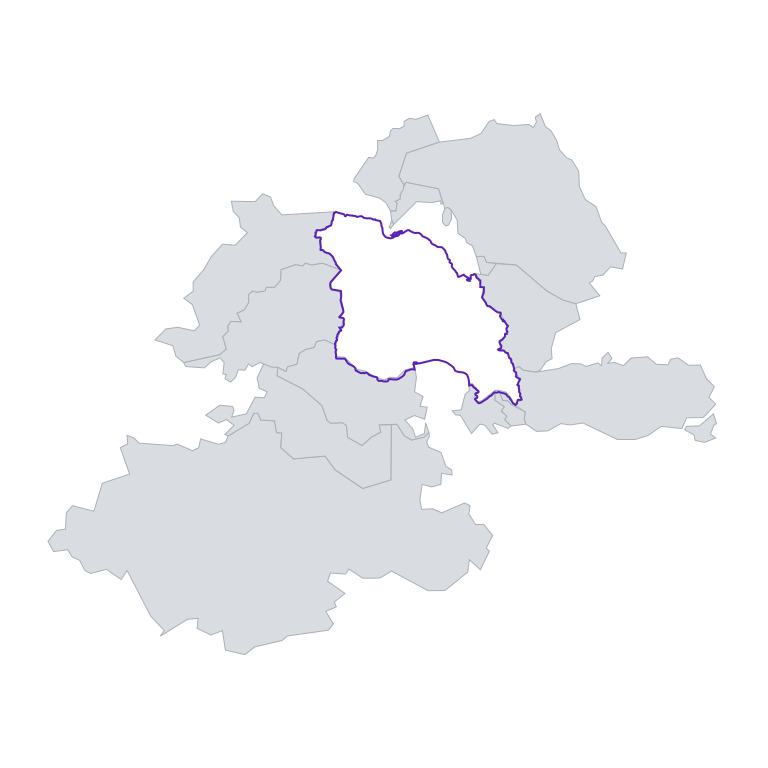 Iran shown with its bordering countries, rotated 181°
{"feature_id": "IRN", "entity_name": "Iran", "entity_type": "country or territory", "adm_level": 0, "iso_a3": "IRN", "parent_name": "Asia", "parent_adm1": "", "projection": "mercator", "projection_center": [53.162, 32.435], "detail": "fine", "context": "with_neighbors", "style": "outline", "palette": "violet", "viewbox_px": 768, "rotation_deg": 181, "n_neighbors": 14, "source": "natural_earth", "source_scale": "50m", "svg_char_len": 13963}
<svg xmlns="http://www.w3.org/2000/svg" viewBox="0 0 768 768"><g transform="rotate(181 384 384)"><path d="M717.2,220.9L708.9,231.9L699.9,233.4L699.4,249.7L693.3,256.9L671.8,251.7L663.9,279.9L636.8,289.5L646.6,315.8L639.2,319.7L640.0,328.1L633.3,325.9L627.9,320.6L593.7,318.7L589.8,320.3L574.3,314.0L568.1,317.1L566.4,325.9L548.5,320.8L541.4,322.9L539.0,329.3L518.4,342.2L513.6,352.5L509.6,352.6L506.6,345.8L492.8,345.3L490.6,333.4L485.3,333.3L486.1,318.5L473.1,307.6L441.7,310.9L431.3,297.3L403.5,279.2L375.5,288.3L376.0,343.3L370.4,344.0L362.8,332.6L355.4,328.5L343.1,331.5L338.3,336.4L337.7,332.8L340.3,326.7L338.3,321.6L325.7,316.5L320.8,303.0L314.8,299.2L314.4,294.2L325.0,295.7L325.4,284.5L334.6,281.9L344.1,284.3L346.1,269.1L344.2,259.3L333.3,260.1L324.0,256.2L301.3,266.5L295.8,263.9L296.9,255.7L290.0,245.0L281.9,245.5L272.7,234.4L278.9,221.9L275.8,218.5L284.4,200.0L295.6,209.8L297.0,197.4L319.4,178.6L336.4,178.1L373.2,197.1L384.8,189.9L402.0,189.5L415.9,198.4L419.1,193.3L434.3,194.1L437.0,185.9L419.4,173.9L429.9,165.2L427.8,160.3L438.3,155.7L430.4,143.2L435.4,136.9L476.1,130.4L481.4,125.8L508.6,118.9L518.4,111.0L537.9,115.1L541.3,134.6L552.7,130.0L566.6,136.4L565.7,146.4L576.2,145.4L603.4,127.9L599.4,133.7L613.3,148.0L637.6,193.0L643.4,183.9L658.4,193.9L674.0,189.4L680.0,192.5L685.2,202.4L692.8,205.7L697.4,212.9L711.4,210.6L717.2,220.9Z" fill="#d9dde1" stroke="#a8b0b8" stroke-width="1"/><path d="M376.0,343.3L375.5,288.3L403.5,279.2L431.3,297.3L441.7,310.9L473.1,307.6L486.1,318.5L485.3,333.3L490.6,333.4L492.8,345.3L506.6,345.8L509.6,352.6L513.6,352.5L518.4,342.2L539.0,329.3L542.2,330.8L533.1,340.2L541.1,345.7L548.8,342.1L561.7,349.7L547.8,360.0L535.0,358.9L533.5,355.0L535.7,348.3L521.2,351.7L512.6,368.6L503.5,368.0L500.7,374.2L508.7,377.5L511.0,387.8L504.9,401.7L490.6,398.8L490.9,390.4L465.1,377.6L445.6,361.3L440.2,346.5L436.6,343.9L424.8,344.6L420.7,341.6L419.5,330.0L404.9,322.2L395.7,330.7L386.4,335.8L388.2,343.1L376.0,343.3Z" fill="#d9dde1" stroke="#a8b0b8" stroke-width="1"/><path d="M328.2,565.4L330.2,564.8L330.6,568.1L339.1,566.2L354.6,566.9L377.1,543.7L379.1,547.8L380.6,557.3L375.1,557.3L374.2,565.1L376.1,566.8L371.2,569.1L371.1,574.0L365.5,586.1L332.8,580.2L328.2,565.4Z" fill="#d9dde1" stroke="#a8b0b8" stroke-width="1"/><path d="M319.9,559.3L319.2,550.6L322.1,544.3L325.1,543.0L328.3,546.7L328.5,553.8L326.2,560.8L323.2,561.7L319.9,559.3Z" fill="#d9dde1" stroke="#a8b0b8" stroke-width="1"/><path d="M289.1,495.4L293.9,513.1L286.2,513.4L283.5,507.5L273.8,506.3L281.8,494.3L289.1,495.4Z" fill="#d9dde1" stroke="#a8b0b8" stroke-width="1"/><path d="M193.6,467.6L189.2,451.9L213.3,438.3L217.4,422.2L216.4,412.4L222.3,409.1L227.9,400.6L232.6,398.5L245.2,400.2L249.0,403.7L254.2,401.4L261.3,417.5L268.4,421.6L269.2,429.4L263.8,433.9L261.2,444.2L268.8,456.6L282.1,463.7L287.7,473.4L285.9,482.7L289.4,482.7L289.5,489.4L295.5,496.0L281.8,494.3L273.8,506.3L253.6,505.3L222.9,480.0L206.7,471.1L193.6,467.6Z" fill="#d9dde1" stroke="#a8b0b8" stroke-width="1"/><path d="M367.7,583.6L368.0,578.9L371.1,574.0L371.2,569.1L376.1,566.8L374.2,565.1L375.1,557.3L380.6,557.3L385.5,565.5L391.6,569.8L406.0,573.5L413.8,584.2L417.7,585.7L417.7,588.3L403.3,610.3L398.4,609.7L396.2,612.4L394.4,618.3L394.7,627.4L389.7,627.4L382.9,631.7L381.9,637.2L379.4,639.7L372.6,639.6L368.4,642.4L368.4,647.0L363.2,650.2L357.2,649.1L344.9,653.6L332.8,626.8L365.4,615.2L372.7,592.0L367.7,583.6ZM379.1,547.8L377.1,543.7L380.2,539.5L381.6,540.6L379.1,547.8Z" fill="#d9dde1" stroke="#a8b0b8" stroke-width="1"/><path d="M613.7,424.0L603.2,435.2L591.1,437.1L574.6,433.9L569.3,439.6L576.9,459.9L585.7,466.2L576.4,473.6L576.6,482.7L566.0,495.4L559.2,508.0L547.8,521.0L535.2,520.1L523.2,532.9L530.3,538.4L531.6,547.7L537.7,553.8L539.8,564.1L515.9,564.1L508.7,572.0L500.7,569.0L497.5,560.4L489.1,551.3L436.1,555.4L440.2,541.4L455.8,535.2L454.9,529.5L449.7,527.6L449.4,516.7L439.0,511.3L429.3,497.2L447.5,503.6L458.4,501.7L464.9,503.3L467.1,500.6L474.6,501.7L488.8,496.5L489.2,485.8L495.2,478.6L503.3,478.6L504.5,475.0L512.8,473.4L516.8,474.6L521.1,471.0L520.5,463.3L525.1,455.5L532.0,452.2L527.7,443.5L538.1,443.9L541.1,439.2L540.6,434.1L546.0,428.6L542.2,416.2L548.6,410.4L584.6,401.9L592.6,408.2L595.8,418.6L613.7,424.0Z" fill="#d9dde1" stroke="#a8b0b8" stroke-width="1"/><path d="M490.6,398.8L496.7,398.9L508.2,403.4L516.1,399.0L519.8,401.7L523.3,395.4L529.8,395.7L532.6,388.1L537.3,383.3L543.1,386.4L542.0,390.7L545.3,391.3L544.2,402.8L548.5,407.3L557.2,403.1L563.9,397.0L582.6,398.0L584.6,401.9L548.6,410.4L542.2,416.2L546.0,428.6L540.6,434.1L541.1,439.2L538.1,443.9L527.7,443.5L532.0,452.2L525.1,455.5L520.5,463.3L521.1,471.0L516.8,474.6L512.8,473.4L504.5,475.0L503.3,478.6L495.2,478.6L489.2,485.8L488.8,496.5L474.6,501.7L467.1,500.6L464.9,503.3L458.4,501.7L447.5,503.6L429.3,497.2L439.1,485.8L438.3,477.6L430.0,475.5L425.6,457.1L430.3,449.9L425.5,448.0L432.9,421.9L444.0,427.0L452.2,425.2L454.5,419.2L463.1,417.1L469.2,413.0L471.4,402.2L480.5,399.6L482.2,394.7L490.6,398.8Z" fill="#d9dde1" stroke="#a8b0b8" stroke-width="1"/><path d="M338.3,336.4L343.1,331.5L355.4,328.5L362.8,332.6L370.4,344.0L388.2,343.1L386.4,335.8L395.7,330.7L404.9,322.2L419.5,330.0L420.7,341.6L424.8,344.6L436.6,343.9L440.2,346.5L445.6,361.3L465.1,377.6L490.9,390.4L490.6,398.8L482.2,394.7L480.5,399.6L471.4,402.2L469.2,413.0L463.1,417.1L454.5,419.2L452.2,425.2L444.0,427.0L432.9,421.9L432.0,410.6L423.9,410.1L411.5,398.1L402.8,396.6L390.8,389.6L383.0,388.3L378.3,390.9L371.0,390.5L363.3,398.4L353.7,401.0L351.7,391.3L353.3,376.8L344.8,372.1L347.6,362.4L340.4,361.6L342.8,349.5L353.0,353.0L362.6,348.4L354.6,339.8L351.5,331.4L342.8,335.2L341.7,345.8L338.3,336.4Z" fill="#d9dde1" stroke="#a8b0b8" stroke-width="1"/><path d="M273.1,379.3L269.2,379.7L264.8,369.5L260.0,369.5L256.7,365.7L242.1,358.4L243.2,351.5L241.3,346.4L256.4,344.2L262.8,350.4L260.6,354.0L266.4,358.9L263.4,363.5L272.8,369.6L273.1,379.3Z" fill="#d9dde1" stroke="#a8b0b8" stroke-width="1"/><path d="M254.2,401.4L249.0,403.7L245.2,400.2L232.6,398.5L209.7,402.5L197.2,407.6L188.2,407.6L182.4,405.1L170.5,408.8L166.9,406.2L166.3,413.7L160.5,419.6L156.5,413.5L160.6,408.5L154.0,409.6L144.9,406.5L137.4,414.3L120.9,415.8L112.1,408.5L100.4,408.1L97.9,413.7L90.4,415.3L79.9,408.1L68.0,408.4L61.6,394.8L53.6,387.1L58.9,376.3L52.0,369.6L64.1,356.1L80.8,355.5L85.4,344.6L106.1,346.5L119.2,337.1L131.9,332.9L149.8,332.6L184.4,348.5L197.1,346.3L206.4,347.5L219.3,340.0L230.8,339.3L241.3,346.4L243.2,351.5L242.1,358.4L254.5,366.1L247.0,370.1L250.4,386.1L248.3,390.4L254.2,401.4ZM51.4,335.8L62.5,331.2L71.9,333.1L73.2,338.7L82.7,343.4L80.7,346.9L67.8,347.7L54.1,359.9L50.8,350.3L53.4,348.7L56.7,339.6L51.4,335.8Z" fill="#d9dde1" stroke="#a8b0b8" stroke-width="1"/><path d="M269.2,337.3L275.0,335.7L282.5,344.6L287.3,345.6L295.7,336.0L306.9,353.9L312.0,354.5L315.3,358.4L306.4,359.5L302.6,375.4L298.6,378.7L298.9,385.6L296.2,386.3L289.4,379.0L293.2,372.1L290.0,367.9L285.9,369.0L273.1,379.3L272.8,369.6L263.4,363.5L266.4,358.9L260.6,354.0L262.8,350.4L256.4,344.2L259.1,341.8L273.0,346.8L274.5,345.1L269.2,337.3ZM269.2,379.7L261.7,377.9L256.2,371.4L254.5,366.1L256.7,365.7L260.0,369.5L264.8,369.5L269.2,379.7Z" fill="#d9dde1" stroke="#a8b0b8" stroke-width="1"/><path d="M147.5,503.1L159.6,505.1L166.9,496.8L175.2,495.0L177.0,490.8L180.6,488.7L169.8,476.0L193.6,467.6L206.7,471.1L222.9,480.0L253.6,505.3L283.5,507.5L286.2,513.4L293.9,513.1L298.1,523.8L303.5,526.6L305.3,530.9L312.7,536.0L313.7,549.1L319.9,559.3L323.2,561.7L326.2,560.8L332.8,580.2L365.5,586.1L367.7,583.6L372.7,592.0L365.4,615.2L332.8,626.8L301.5,631.2L291.3,636.3L283.5,648.3L278.5,650.2L275.7,646.4L259.1,644.7L243.6,646.0L239.1,643.0L236.2,648.6L237.4,653.4L232.6,657.0L227.1,644.2L221.4,640.1L215.6,630.5L212.6,621.2L205.1,613.2L200.2,611.3L193.0,600.2L192.2,585.1L186.0,572.0L175.0,564.9L169.0,549.1L165.8,546.4L149.4,519.2L144.0,519.2L147.5,503.1Z" fill="#d9dde1" stroke="#a8b0b8" stroke-width="1"/><path d="M353.6,399.0L356.6,399.2L357.8,398.9L360.9,397.7L361.5,397.6L362.2,397.3L362.7,396.9L363.8,393.8L364.3,393.1L366.2,391.4L369.6,389.3L371.7,388.6L374.6,388.7L376.8,388.9L378.8,389.0L379.3,388.9L379.5,388.7L379.8,387.4L380.3,386.9L381.1,386.6L383.6,386.5L384.7,386.6L386.2,387.1L389.3,387.0L390.0,387.5L390.5,388.2L390.8,388.8L390.8,390.2L391.0,390.4L391.8,390.7L392.8,391.0L394.9,391.3L397.8,392.4L399.2,393.0L400.9,394.6L402.2,395.0L402.8,395.0L404.0,394.3L405.1,394.8L406.9,394.4L408.2,394.8L411.5,396.6L411.9,396.6L412.2,396.7L412.7,397.6L412.9,399.2L413.9,400.3L415.0,401.3L419.2,403.2L420.5,404.2L423.5,408.6L432.0,408.6L432.5,409.5L432.4,411.4L432.6,413.3L433.0,414.7L433.0,415.9L432.6,416.5L432.3,417.6L432.9,418.0L433.4,419.0L433.5,420.4L433.2,421.2L433.2,421.8L433.5,422.3L433.7,423.2L433.7,423.8L433.3,424.3L432.8,425.8L432.7,426.4L431.7,427.0L431.8,427.8L432.3,429.3L431.4,431.6L431.5,432.5L430.2,434.4L430.1,435.2L428.5,436.5L427.8,436.6L427.7,437.0L427.8,437.3L428.1,437.5L429.5,439.6L426.8,439.8L425.1,442.5L425.5,445.9L425.1,447.6L425.3,448.5L426.0,449.2L426.9,449.5L428.5,449.6L429.6,449.8L429.8,450.3L427.6,452.6L425.9,455.0L425.9,456.1L426.0,456.9L428.8,466.5L428.8,467.6L428.4,469.9L428.3,471.3L428.5,473.1L428.4,474.1L428.7,476.2L429.1,476.3L437.8,477.6L438.9,478.8L439.5,481.5L439.5,483.6L439.2,484.6L428.9,496.9L434.1,502.9L434.3,503.4L434.3,504.3L436.2,507.5L436.8,509.2L437.4,510.2L440.3,513.2L441.9,513.9L442.9,514.0L445.4,514.8L446.2,515.5L447.7,517.0L449.3,516.8L449.7,516.8L449.8,516.9L449.8,517.4L449.6,519.9L450.0,522.4L450.4,526.1L449.8,527.8L449.7,528.9L449.8,529.1L450.3,529.4L451.5,529.5L454.2,529.1L455.2,529.7L455.7,530.3L455.7,530.7L455.0,531.2L454.9,532.2L455.1,533.7L455.0,533.8L454.4,534.2L454.2,536.3L454.1,536.5L453.4,536.7L450.1,536.5L449.7,536.6L448.4,537.1L446.3,537.5L445.7,537.8L444.9,538.4L444.3,539.2L444.2,539.9L444.1,540.0L442.9,539.9L442.5,540.5L439.8,541.6L439.5,542.3L438.9,546.2L437.9,547.1L437.8,547.3L438.0,548.1L437.6,549.4L437.3,552.9L437.0,554.0L436.4,554.0L436.0,554.5L435.1,555.2L431.8,554.2L427.0,553.0L426.5,552.4L426.2,551.4L425.3,551.1L424.1,552.6L420.1,551.8L418.7,552.0L417.8,551.6L415.6,551.5L413.9,550.6L411.4,551.2L409.4,551.4L406.7,549.7L403.8,549.3L401.5,549.4L400.2,549.3L398.3,548.7L397.4,548.1L395.8,548.5L395.1,547.7L390.8,546.9L389.4,543.9L389.4,542.4L388.3,539.8L388.0,536.1L387.6,534.6L387.0,533.3L386.2,532.3L385.1,531.1L384.2,530.6L380.2,529.7L379.4,529.9L377.6,530.4L375.7,531.7L372.5,532.5L371.9,533.0L371.1,534.3L370.0,535.0L368.6,534.8L367.1,535.5L364.3,537.6L362.8,538.2L361.6,538.2L360.2,537.2L357.2,535.9L355.3,535.5L352.6,535.8L351.4,535.5L349.2,534.0L348.6,532.9L347.4,532.1L343.5,530.5L340.3,528.2L339.8,527.4L339.4,526.2L338.0,524.7L334.9,523.4L333.1,522.1L331.1,521.8L329.2,521.8L328.3,521.6L327.6,521.0L325.0,518.3L324.9,517.2L323.3,514.6L323.0,513.6L322.6,511.0L322.2,510.3L320.5,509.2L320.2,508.5L320.6,507.5L320.6,506.8L319.7,506.1L318.4,505.7L318.1,504.9L318.3,503.3L318.1,502.3L317.0,500.7L315.3,499.1L313.6,496.7L312.9,496.1L311.9,492.6L310.9,492.4L306.2,494.7L304.9,493.4L300.8,491.2L300.2,490.4L300.7,490.1L301.2,490.0L302.3,490.4L302.9,489.9L302.6,489.1L301.6,488.7L300.2,488.7L300.6,489.4L299.3,490.1L299.0,491.0L299.3,493.6L298.8,494.3L298.4,494.6L296.6,494.7L295.8,495.4L295.3,495.6L294.1,494.6L293.7,493.7L293.5,493.1L293.7,492.7L293.5,492.2L292.9,491.5L292.4,491.1L291.8,491.0L291.3,490.6L290.9,489.8L290.1,489.3L289.5,489.2L289.4,482.6L285.8,482.4L285.8,477.4L287.5,472.3L284.9,468.6L284.0,467.8L282.5,464.3L282.0,463.9L281.6,463.6L279.8,463.7L273.8,459.0L271.7,457.7L270.8,457.5L268.8,457.4L268.6,457.1L268.5,456.5L268.5,455.7L269.1,454.6L269.2,453.8L267.8,451.4L267.4,450.7L266.2,450.4L266.4,449.7L266.4,449.3L266.3,448.9L266.0,448.7L265.7,448.7L264.7,449.0L261.9,444.8L261.2,444.4L261.0,444.2L262.5,441.8L262.6,441.0L262.4,440.0L261.5,438.3L262.1,436.8L262.2,436.1L263.7,436.2L263.9,435.7L263.9,433.9L264.1,433.3L266.7,430.2L269.0,428.9L269.3,428.0L268.9,426.8L268.8,426.3L267.7,424.9L267.3,424.2L267.3,423.6L267.5,422.5L268.0,421.6L269.6,421.1L270.4,420.7L270.6,420.3L269.4,419.6L267.0,419.5L265.2,419.6L264.6,419.4L263.7,418.2L262.8,417.5L262.0,417.1L261.2,417.2L260.7,417.0L259.3,412.4L259.0,411.9L257.9,411.7L257.3,410.9L257.1,410.1L257.1,408.4L256.9,407.8L256.5,407.3L255.4,406.4L254.5,402.8L254.2,401.9L254.1,400.8L254.5,400.0L254.5,399.8L253.6,398.8L252.1,397.8L252.1,396.1L251.8,394.7L252.3,394.0L252.0,393.5L250.2,392.4L249.5,391.8L248.3,391.7L248.1,391.3L248.3,390.5L248.8,389.5L249.4,388.5L249.6,388.0L250.0,386.5L250.7,385.6L250.7,385.4L250.5,385.1L249.3,384.8L249.1,384.7L249.0,384.2L249.1,382.3L248.6,380.3L248.8,378.4L248.4,378.0L247.7,377.0L247.4,376.2L247.7,375.3L247.8,374.1L246.7,373.1L246.5,371.8L246.1,370.8L246.3,370.6L247.2,370.4L249.5,370.6L250.1,370.2L250.8,366.8L251.5,365.8L252.2,365.3L254.4,367.0L254.7,367.0L256.7,370.2L257.5,371.0L257.9,371.8L258.3,372.6L258.8,373.1L259.5,373.4L260.4,374.2L261.9,376.0L263.0,376.5L269.4,378.0L271.0,377.3L273.6,377.5L276.9,374.0L278.3,373.6L279.2,372.6L280.5,371.3L282.1,370.2L286.9,367.0L288.2,366.5L289.3,366.5L292.4,369.8L292.8,370.5L292.1,371.1L290.8,371.7L290.6,372.2L290.5,372.7L290.5,373.3L290.7,373.7L292.3,374.7L292.5,375.3L292.5,375.9L292.3,376.2L292.0,376.4L289.9,377.0L289.3,377.7L289.3,378.2L289.6,378.7L291.6,380.0L292.2,381.1L292.7,381.5L293.5,381.6L293.9,381.9L295.8,384.3L296.2,384.5L298.8,384.0L299.1,388.0L299.4,389.8L299.8,391.5L301.1,394.6L302.1,395.5L304.3,396.6L305.3,396.9L308.1,397.2L310.9,397.6L312.5,398.2L313.0,398.5L313.4,399.1L314.7,401.7L316.9,403.5L321.2,406.3L323.2,407.2L330.2,409.0L334.9,408.9L347.8,405.5L352.0,404.7L353.6,404.7L352.7,405.3L351.1,405.7L352.0,406.2L354.2,406.2L354.7,405.8L354.8,405.1L353.6,399.0ZM378.3,533.2L377.3,534.6L375.8,535.8L375.1,535.5L374.6,535.5L373.6,535.9L372.8,536.0L371.3,536.9L370.0,537.3L368.8,537.2L368.6,536.6L368.7,536.4L369.2,536.5L371.2,535.7L373.7,534.5L374.0,533.9L373.6,533.0L373.7,532.8L375.3,533.3L377.1,532.4L378.6,532.2L379.3,532.8L378.3,533.2Z" fill="none" stroke="#5b21b6" stroke-width="2"/></g></svg>